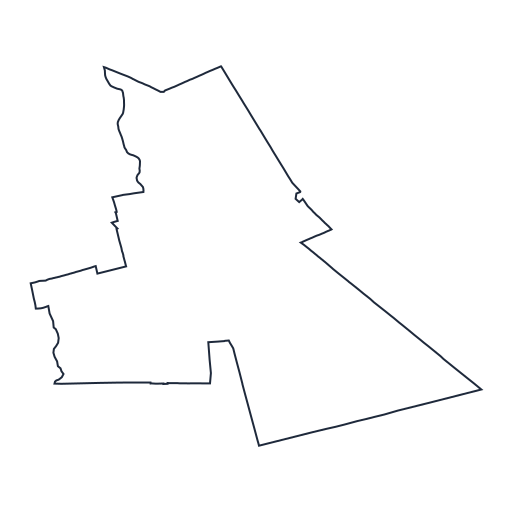 outline of Floresti, Prahova, Romania
{"feature_id": "2599482B41592580357929", "entity_name": "Floresti", "entity_type": "district", "adm_level": 2, "iso_a3": "ROU", "parent_name": "Romania", "parent_adm1": "Prahova", "projection": "orthographic", "projection_center": [25.793, 45.022], "detail": "fine", "context": "isolated", "style": "outline", "palette": "slate", "viewbox_px": 512, "rotation_deg": 0, "n_neighbors": 0, "source": "geoboundaries", "source_scale": "gbopen_adm2", "svg_char_len": 5912}
<svg xmlns="http://www.w3.org/2000/svg" viewBox="0 0 512 512"><path d="M210.0,383.4L210.9,373.1L209.6,359.6L208.5,344.8L208.3,342.2L217.7,341.6L221.5,341.3L224.3,341.1L225.0,340.8L226.6,340.7L228.8,340.5L229.9,342.8L231.8,345.9L233.2,348.3L233.5,349.4L234.5,353.5L236.8,362.3L239.5,372.4L242.3,383.4L242.4,383.8L242.4,384.1L245.0,393.9L247.2,402.0L250.0,412.4L252.9,423.1L254.4,428.6L257.6,440.6L258.3,443.0L258.8,444.9L259.0,445.7L312.5,432.2L326.6,428.8L335.6,426.8L344.7,424.5L357.6,421.0L366.2,419.0L374.1,417.0L384.4,414.5L397.8,410.6L427.1,403.3L428.4,403.0L435.0,401.3L481.3,389.5L474.2,383.6L466.4,377.4L453.9,367.4L443.5,359.0L440.7,356.3L428.2,346.1L423.6,342.5L420.5,339.9L414.4,335.0L410.7,331.9L403.6,326.1L401.5,324.4L399.2,322.6L395.4,319.4L393.5,317.8L390.8,315.7L387.6,313.1L380.4,307.4L377.6,305.2L373.9,302.3L370.2,298.9L367.7,296.9L363.6,293.7L358.9,289.8L351.3,283.7L349.3,282.2L348.9,281.9L348.7,281.7L348.3,281.3L345.7,279.2L343.2,277.2L338.8,273.7L332.8,268.8L332.3,268.3L331.5,267.6L325.0,262.0L323.5,260.8L322.5,259.9L321.5,259.2L320.0,257.9L317.9,256.3L316.7,255.2L314.7,253.6L313.3,252.4L312.4,251.7L311.2,250.8L308.8,248.7L307.0,247.3L304.0,244.9L301.2,242.9L300.8,242.6L302.7,241.9L302.8,241.7L303.7,241.3L304.2,241.1L304.7,240.9L305.5,240.5L306.4,240.1L308.3,239.3L309.3,238.9L310.3,238.4L311.4,238.0L312.6,237.5L313.0,237.3L314.5,236.6L316.8,235.6L317.2,235.5L318.0,235.2L318.5,235.1L320.7,234.2L322.0,233.6L322.6,233.4L324.3,232.7L324.9,232.4L325.6,232.0L328.1,230.9L328.5,230.8L330.2,230.0L330.8,229.8L331.5,229.4L331.0,228.9L330.8,228.7L329.7,227.5L329.2,227.0L328.7,226.4L326.9,224.8L326.3,224.2L325.5,223.5L324.8,222.9L323.8,221.8L322.4,220.5L322.2,220.3L321.8,219.9L321.1,219.1L320.6,218.7L320.0,218.0L319.0,217.1L318.3,216.5L317.6,216.0L317.3,215.7L316.3,214.9L314.9,213.4L314.5,213.0L313.2,211.8L312.3,210.7L311.7,210.0L310.3,208.6L308.7,207.1L307.9,206.3L307.4,205.7L305.0,202.1L303.4,199.8L302.7,198.9L302.6,199.0L302.6,199.3L302.1,199.7L300.8,200.7L299.2,202.1L297.1,200.2L295.6,198.8L296.4,193.5L300.1,192.1L300.3,191.8L300.3,191.6L300.3,191.4L298.3,189.2L294.9,185.6L292.3,182.8L291.8,182.0L290.3,179.5L288.1,176.1L283.7,168.7L281.4,165.0L277.4,158.5L275.7,155.7L274.2,153.3L272.2,150.0L271.2,148.2L270.5,147.0L269.5,145.4L267.5,142.2L264.7,137.6L260.5,130.6L260.1,130.0L259.6,129.3L251.2,115.5L249.7,113.0L248.4,110.8L245.6,106.3L243.6,103.1L242.3,100.9L239.2,95.9L235.9,90.5L233.6,86.9L232.3,84.8L229.5,80.2L224.8,72.4L221.2,66.5L221.0,66.3L218.5,67.4L217.1,68.0L215.3,68.7L212.6,69.9L209.8,71.0L207.6,72.0L205.7,72.8L203.7,73.8L201.3,74.9L199.6,75.6L197.0,76.8L194.0,78.1L192.8,78.7L191.5,79.2L190.2,79.6L189.1,80.1L187.5,80.9L186.3,81.4L185.0,81.9L184.0,82.4L181.4,83.6L179.5,84.4L177.6,85.3L174.3,86.8L172.9,87.3L171.8,87.7L169.5,88.7L168.0,89.3L167.0,89.7L165.7,90.2L164.7,90.7L164.3,91.4L163.7,91.9L162.5,91.9L160.5,91.9L159.6,91.4L157.7,90.4L155.6,89.4L153.5,88.3L151.2,87.2L149.7,86.3L148.2,85.7L146.1,84.9L144.8,84.4L144.0,84.0L143.7,83.9L143.0,83.5L142.3,83.2L141.0,82.7L139.0,82.0L137.9,81.5L134.0,79.5L133.5,79.2L132.6,78.9L131.8,78.3L130.6,77.7L127.7,76.4L122.7,74.5L120.1,73.5L112.2,70.3L109.4,69.3L106.1,67.8L103.9,67.1L104.2,68.1L104.5,69.2L104.9,70.7L104.9,71.8L105.0,73.4L105.1,75.1L105.3,76.0L105.7,77.3L106.4,79.0L107.3,80.5L109.2,83.8L110.5,85.6L111.6,86.3L114.2,87.5L117.2,88.7L120.0,89.3L121.1,89.7L121.7,90.1L122.3,90.8L122.6,91.8L123.0,92.9L123.2,94.8L123.4,96.3L123.7,97.6L124.0,100.1L124.0,101.8L124.1,105.0L124.0,106.7L123.7,109.5L123.1,112.8L122.7,113.9L121.9,115.1L119.7,118.3L118.6,120.2L118.1,121.5L117.9,121.9L117.7,123.1L117.7,124.1L118.0,125.5L118.3,126.8L118.4,128.1L118.6,129.3L119.3,131.2L120.0,132.8L120.9,135.1L121.6,136.7L122.2,138.6L122.5,139.7L122.8,140.7L123.1,141.9L123.5,143.7L123.7,144.5L124.2,146.2L124.4,147.2L124.9,148.2L126.1,149.9L127.0,152.1L128.3,153.4L129.9,154.3L131.4,154.8L133.3,155.3L135.9,156.5L137.5,157.4L138.7,158.4L139.6,159.9L140.0,161.2L139.9,164.2L139.8,165.9L139.4,168.6L139.7,170.5L139.6,172.2L139.1,173.2L138.2,174.2L137.5,175.1L136.9,176.6L136.6,177.5L136.6,178.3L136.8,179.0L137.0,180.3L137.6,181.5L138.5,182.6L140.3,184.0L142.9,187.0L143.3,188.4L143.5,190.4L143.4,192.0L134.0,193.3L129.5,194.1L126.2,194.5L123.0,194.9L122.4,195.1L112.3,197.3L113.4,200.4L114.0,202.1L114.9,205.3L116.0,208.9L116.4,210.4L116.7,211.9L115.4,212.3L115.9,213.2L117.1,218.4L117.5,220.2L117.7,220.9L114.1,221.9L111.8,222.7L117.4,228.5L116.5,228.9L118.6,237.7L119.2,240.3L120.9,246.2L121.2,247.3L121.4,248.0L122.0,251.1L122.3,252.0L122.5,252.3L123.4,255.4L123.3,255.9L124.2,259.3L124.7,261.1L124.9,261.7L125.1,262.6L125.8,265.3L126.1,266.4L97.4,273.6L95.7,266.1L94.2,266.5L91.7,267.4L90.2,267.9L87.4,268.7L85.6,269.2L84.2,269.6L83.4,269.8L82.6,270.0L81.3,270.5L80.4,270.8L77.0,271.7L76.1,271.9L75.3,272.2L74.5,272.5L73.8,272.7L73.1,272.9L71.8,273.2L71.0,273.5L70.3,273.6L69.1,274.0L68.0,274.4L66.2,274.8L65.2,275.1L63.8,275.5L62.5,275.8L61.0,276.2L59.6,276.7L58.5,276.9L57.0,277.3L55.9,277.5L54.4,277.9L53.3,278.1L52.0,278.5L51.0,278.7L50.0,278.8L49.0,279.1L47.4,279.7L47.0,279.9L45.7,280.6L40.0,280.9L39.1,281.0L38.4,281.3L35.0,282.4L30.7,283.3L31.2,285.7L32.2,290.4L33.8,298.4L34.7,301.9L35.4,305.3L35.8,308.6L37.0,308.6L38.7,308.5L40.9,308.3L43.2,307.8L45.0,307.2L46.5,306.7L47.0,306.4L48.3,306.0L49.6,313.5L53.1,321.1L53.7,327.5L55.8,329.2L57.8,333.7L58.7,338.1L58.1,342.8L56.1,346.1L53.9,348.9L53.4,352.7L54.6,356.8L57.1,361.4L57.9,366.2L60.5,368.3L61.5,371.3L63.5,374.0L61.8,377.2L60.2,378.5L58.6,379.7L56.4,380.4L55.0,381.6L54.5,383.6L61.4,383.8L99.9,382.9L117.8,382.6L132.2,382.5L143.9,382.5L150.5,382.5L150.6,383.5L151.5,383.4L156.1,383.7L159.9,383.6L163.4,383.5L163.4,384.0L167.6,383.8L167.6,383.0L169.0,383.1L171.1,383.1L174.3,383.1L177.0,383.1L179.4,383.3L183.3,383.3L188.8,383.4L192.7,383.3L195.9,383.3L204.1,383.4L206.4,383.4L209.5,383.4L210.0,383.4Z" fill="none" stroke="#1e293b" stroke-width="2"/></svg>